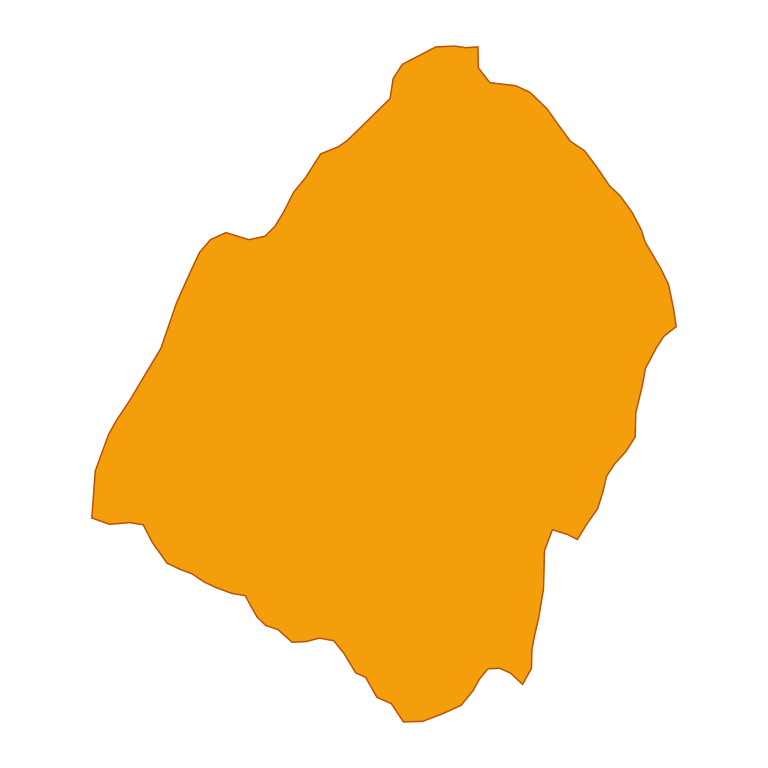 Santa Clara d'Oeste, São Paulo, Brazil (Equal Earth projection)
{"feature_id": "56859067B75197166096167", "entity_name": "Santa Clara d'Oeste", "entity_type": "district", "adm_level": 2, "iso_a3": "BRA", "parent_name": "Brazil", "parent_adm1": "São Paulo", "projection": "equal_earth", "projection_center": [-50.906, -20.066], "detail": "fine", "context": "isolated", "style": "filled", "palette": "amber", "viewbox_px": 768, "rotation_deg": 0, "n_neighbors": 0, "source": "geoboundaries", "source_scale": "gbopen_adm2", "svg_char_len": 1342}
<svg xmlns="http://www.w3.org/2000/svg" viewBox="0 0 768 768"><path d="M95.3,470.9L91.8,518.0L109.5,524.3L129.8,522.6L143.2,524.8L152.7,543.1L167.1,563.2L180.3,569.5L192.0,573.8L204.6,582.3L216.2,587.7L231.8,593.4L245.2,595.6L251.1,606.5L257.1,617.1L265.7,625.5L278.0,629.6L292.0,642.2L306.2,641.6L319.2,638.1L333.8,640.8L344.1,653.6L355.7,672.9L365.6,677.3L377.0,697.4L391.4,703.7L403.4,721.9L422.6,721.4L443.1,713.5L461.1,705.3L473.1,690.6L479.4,679.2L487.9,668.8L499.7,668.3L510.6,673.2L522.6,684.4L531.5,668.3L531.9,649.8L534.8,634.5L538.4,619.3L543.5,589.1L544.5,550.7L552.4,529.7L567.8,534.6L577.4,539.5L586.3,524.8L597.6,508.7L602.7,492.7L606.6,476.1L614.9,463.6L625.8,451.6L635.2,436.9L635.8,412.9L642.3,385.7L645.5,368.3L656.5,347.6L663.8,336.4L676.2,326.6L673.5,308.3L668.5,284.4L660.8,268.6L645.1,241.9L641.3,229.9L632.2,212.5L620.0,195.6L609.7,186.1L596.7,167.0L584.7,150.9L570.5,141.4L558.1,124.5L547.2,109.0L530.1,92.4L515.9,85.8L489.8,82.6L478.4,67.9L478.0,46.9L465.4,47.7L455.1,46.1L435.8,46.9L402.3,64.3L393.2,78.5L390.0,98.6L347.2,140.6L338.0,146.9L320.6,153.9L305.6,177.6L293.6,192.3L283.7,211.9L274.9,226.4L265.0,236.2L248.8,239.7L225.9,232.6L210.4,239.7L199.5,252.5L191.0,270.5L176.6,302.6L161.0,348.1L146.8,371.8L130.1,399.8L116.2,420.8L108.5,434.7L95.3,470.9Z" fill="#f59e0b" stroke="#b45309" stroke-width="1.5"/></svg>